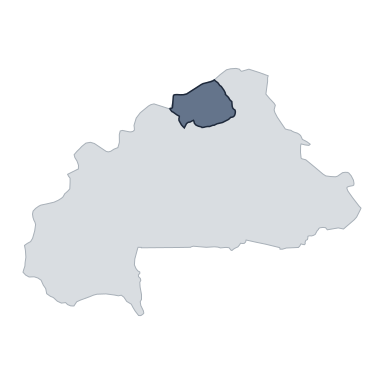 where Soum sits in Burkina Faso
{"feature_id": "BFA-2806", "entity_name": "Soum", "entity_type": "Province", "adm_level": 1, "iso_a3": "BFA", "parent_name": "Burkina Faso", "parent_adm1": "", "projection": "mercator", "projection_center": [-1.266, 14.274], "detail": "fine", "context": "in_parent", "style": "filled", "palette": "slate", "viewbox_px": 384, "rotation_deg": 0, "n_neighbors": 0, "source": "natural_earth", "source_scale": "10m", "svg_char_len": 3983}
<svg xmlns="http://www.w3.org/2000/svg" viewBox="0 0 384 384"><path d="M297.4,247.5L286.4,248.0L282.4,249.2L280.0,249.2L279.9,248.2L279.6,247.6L265.7,244.2L256.0,242.2L246.1,240.0L245.6,242.0L244.2,243.4L242.0,243.5L240.6,243.2L239.6,244.8L237.9,246.9L235.6,247.9L233.4,249.2L232.1,250.4L231.2,250.4L229.0,247.7L226.0,247.4L220.4,247.9L217.9,247.1L214.4,246.8L206.3,247.3L193.3,246.2L191.2,246.8L190.6,247.3L177.8,247.5L163.6,247.6L151.8,247.7L141.4,247.8L141.4,247.4L138.1,247.3L137.7,248.2L134.8,259.0L134.4,264.9L136.0,268.6L137.8,270.9L139.7,271.9L139.9,273.2L138.4,274.9L138.5,276.6L140.3,278.4L140.8,280.3L139.8,282.3L140.1,287.1L141.5,294.6L141.5,299.4L140.2,301.7L140.8,305.5L143.4,310.9L143.8,313.1L142.9,314.2L140.8,315.6L138.6,315.5L136.1,312.3L135.0,310.8L133.0,307.5L131.3,304.2L129.0,302.8L126.7,301.4L123.9,297.2L121.3,295.2L118.4,295.8L114.3,295.0L106.0,293.9L97.0,294.2L93.3,295.2L89.7,296.7L80.4,300.1L76.7,301.8L73.9,306.0L70.8,305.9L67.6,304.6L65.6,302.6L61.4,303.1L57.3,301.2L53.3,297.5L50.4,296.3L46.7,293.7L45.7,288.6L43.3,285.1L41.1,280.2L37.9,278.0L34.2,276.8L29.1,277.0L25.7,275.1L23.0,272.2L23.7,269.7L24.9,266.1L25.1,262.7L25.9,257.2L25.4,250.2L24.5,245.4L27.3,243.4L30.6,241.6L32.6,238.3L34.7,230.9L35.6,224.5L34.9,222.1L33.9,220.2L33.0,217.5L32.5,214.1L33.1,211.1L35.6,208.4L38.7,206.2L40.9,205.1L46.7,203.9L54.0,202.2L58.2,200.3L61.3,198.4L63.0,196.9L64.8,193.7L67.6,191.3L69.8,188.9L70.1,182.1L70.1,178.2L68.5,176.1L67.6,174.3L78.4,168.9L78.5,165.2L77.0,161.0L74.9,157.6L74.1,154.7L77.1,151.2L79.7,148.7L81.7,146.5L85.9,143.1L90.4,142.3L94.4,143.5L106.2,151.4L108.3,151.9L110.7,151.3L113.9,149.2L117.9,147.6L119.4,142.3L119.3,134.6L120.2,131.0L122.3,130.4L129.2,131.8L130.9,131.9L132.9,131.4L134.4,130.1L134.3,127.6L134.0,125.4L136.2,118.1L140.3,112.7L148.5,106.0L151.0,104.6L154.0,103.9L168.7,108.6L171.1,107.4L174.7,95.9L178.7,94.8L183.4,94.6L186.5,93.6L188.2,92.8L195.1,88.4L207.5,82.4L214.1,79.8L215.4,78.9L220.2,74.6L226.5,69.8L230.5,68.8L236.0,68.4L239.5,69.2L240.5,70.6L241.6,71.3L248.9,69.2L259.2,72.5L268.2,75.8L267.6,77.8L267.6,81.5L266.8,87.2L265.9,94.1L269.6,98.5L274.1,103.3L275.3,105.2L274.1,109.9L274.9,112.6L277.3,117.2L281.2,123.0L285.3,129.0L288.2,129.8L290.9,130.3L292.5,131.4L294.9,132.4L297.3,133.1L299.4,134.4L300.7,135.7L302.4,139.4L307.0,141.8L310.2,144.2L308.9,145.4L304.9,144.9L301.1,143.9L300.6,145.7L300.5,152.4L301.1,158.1L302.0,158.8L305.8,159.8L314.8,167.2L323.0,174.1L325.8,175.9L330.3,176.5L335.4,176.8L337.5,176.2L342.5,172.7L345.1,172.3L347.5,172.4L348.8,173.0L351.2,175.8L353.4,180.1L354.0,183.3L353.8,185.0L353.0,185.6L349.0,186.4L347.3,187.1L346.8,188.0L347.5,190.1L348.2,191.5L352.6,197.7L359.0,206.0L361.0,208.1L359.9,210.6L356.6,217.1L354.2,219.8L343.5,229.0L338.3,227.9L327.3,229.8L325.6,227.7L323.0,227.4L319.9,227.8L318.7,228.6L318.4,229.5L317.2,230.7L315.2,234.4L313.6,235.3L311.7,235.9L309.3,235.8L307.9,236.3L307.8,238.1L307.4,239.6L305.8,240.4L305.1,242.2L305.2,243.9L304.3,244.7L302.2,244.3L301.0,243.8L299.8,246.0L298.4,247.5L297.4,247.5Z" fill="#d9dde1" stroke="#a8b0b8" stroke-width="1"/><path d="M180.5,94.8L183.5,94.7L186.5,94.1L201.3,84.5L203.1,83.6L211.2,81.6L212.9,80.9L214.4,79.9L215.3,80.9L217.8,82.7L219.8,85.5L221.2,86.4L223.9,90.2L224.9,92.1L225.4,93.3L225.4,94.4L228.5,97.4L229.6,99.4L230.6,100.6L231.3,101.1L231.8,101.6L232.2,106.3L232.8,108.2L233.9,109.4L234.7,109.7L235.1,110.4L235.4,111.9L235.1,113.9L234.5,115.6L233.4,116.7L232.0,117.2L231.5,117.3L230.8,117.3L228.6,119.4L222.5,122.5L217.0,123.8L214.0,125.3L213.0,125.2L209.7,126.5L207.5,126.5L205.6,126.8L203.8,127.3L202.0,127.5L201.8,127.2L200.6,126.7L198.4,126.2L196.0,125.1L194.4,123.3L193.9,121.2L193.4,120.3L189.9,122.1L188.2,122.3L186.5,123.6L184.3,127.9L182.8,126.4L181.4,124.8L179.0,120.5L178.9,118.7L179.3,117.0L179.3,116.2L176.8,114.8L173.2,112.2L171.8,111.5L169.9,108.9L172.0,108.0L172.4,107.7L172.5,107.2L173.3,96.4L173.6,95.2L174.9,94.7L177.0,94.6L180.5,94.8Z" fill="#64748b" stroke="#1e293b" stroke-width="1.5"/></svg>